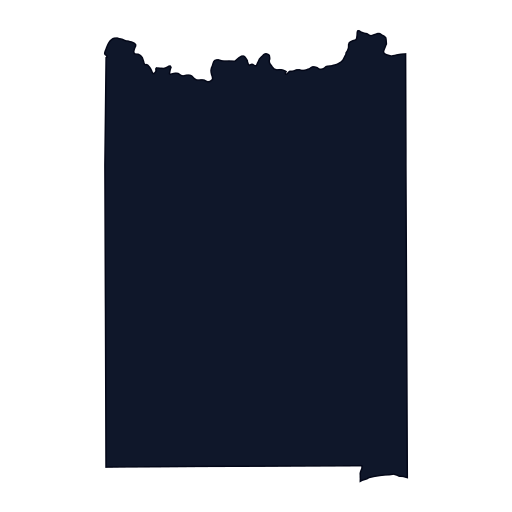 the district of Anlong Veaeng, Siemréab, Cambodia
{"feature_id": "14789045B31734581894199", "entity_name": "Anlong Veaeng", "entity_type": "district", "adm_level": 2, "iso_a3": "KHM", "parent_name": "Cambodia", "parent_adm1": "Siemréab", "projection": "natural_earth1", "projection_center": [103.997, 14.166], "detail": "fine", "context": "isolated", "style": "filled", "palette": "ink", "viewbox_px": 512, "rotation_deg": 0, "n_neighbors": 0, "source": "geoboundaries", "source_scale": "gbopen_adm2", "svg_char_len": 4122}
<svg xmlns="http://www.w3.org/2000/svg" viewBox="0 0 512 512"><path d="M407.3,477.6L407.1,429.5L405.9,164.9L405.9,162.5L405.9,149.8L405.6,53.9L404.5,54.0L402.8,54.1L400.6,54.3L398.7,54.6L396.4,55.0L395.2,55.4L393.2,55.7L391.4,56.1L390.2,55.8L388.5,55.3L386.4,54.7L384.7,53.8L383.8,52.9L383.5,51.4L384.2,49.3L385.0,47.4L385.9,45.0L386.4,44.0L386.3,42.5L386.1,40.0L385.8,37.9L384.8,36.8L383.8,36.0L381.9,35.1L380.3,33.9L379.1,33.5L377.3,33.6L376.2,34.1L373.9,34.8L372.6,35.3L371.4,35.7L370.2,35.6L369.6,35.4L368.6,34.8L367.3,33.9L366.5,33.6L365.0,33.4L363.8,33.1L363.0,32.8L360.6,31.9L359.9,31.3L358.9,30.7L357.7,30.9L357.4,31.7L357.2,32.8L357.1,35.1L356.9,36.7L356.7,38.1L356.1,39.6L354.9,40.2L353.2,40.6L352.4,40.9L350.4,41.9L349.3,42.7L348.6,44.6L348.6,46.0L348.5,47.9L348.0,49.3L347.5,50.6L347.1,51.3L346.1,52.8L345.9,54.5L345.6,55.1L345.0,56.0L344.5,57.1L343.0,60.0L341.8,61.3L341.1,62.0L339.4,63.0L338.4,63.6L336.8,64.4L334.7,65.0L333.3,65.3L331.4,65.9L329.7,66.0L328.2,66.2L327.1,66.3L325.9,66.7L325.5,67.1L324.7,67.8L323.7,68.5L323.1,68.8L321.6,69.2L320.7,69.3L319.6,69.3L318.1,68.4L317.2,67.7L315.7,67.2L314.2,66.9L312.9,66.8L311.8,67.2L310.8,67.8L309.8,68.6L309.0,69.0L308.3,69.1L307.7,69.3L307.2,69.6L306.2,69.9L305.1,70.2L303.7,70.4L301.8,70.4L300.9,70.3L299.6,69.8L298.1,69.8L296.4,69.9L295.4,70.3L294.3,70.8L292.7,71.2L291.9,71.3L290.7,71.3L289.8,71.3L288.7,72.1L287.9,73.0L287.2,73.8L286.4,74.2L285.6,74.2L285.4,73.7L285.4,72.9L286.1,71.6L285.3,71.1L284.1,70.6L282.9,70.1L281.6,69.8L279.9,69.7L278.1,69.8L276.7,69.9L275.6,69.5L274.5,69.2L273.7,68.6L273.3,68.1L272.1,66.8L271.4,65.6L270.5,64.5L269.8,63.5L269.4,62.3L269.2,60.7L269.5,59.7L269.7,59.0L269.7,58.0L269.5,56.7L269.3,55.5L268.7,54.8L267.8,54.3L266.4,53.8L265.4,53.8L264.4,54.2L263.5,54.8L262.6,55.9L261.5,56.8L260.5,57.9L259.4,59.1L258.8,60.5L258.3,61.6L257.6,62.9L256.6,65.3L256.1,65.8L255.6,65.8L255.0,65.7L254.3,65.5L253.8,65.2L252.9,64.5L252.2,64.3L251.7,64.3L250.6,64.7L249.6,65.3L248.5,64.5L248.1,63.8L247.6,62.2L247.4,61.7L247.3,60.6L246.6,59.4L246.1,58.7L245.3,57.5L244.5,56.6L243.5,56.1L242.4,56.1L241.5,56.2L239.0,57.7L236.9,59.5L235.2,61.0L234.2,61.3L233.4,61.2L231.4,61.1L228.8,61.0L226.7,61.1L225.1,61.1L223.1,61.0L221.6,60.8L219.6,60.2L218.3,59.8L216.6,59.9L214.8,60.5L213.8,61.6L213.1,63.4L212.3,66.1L211.5,67.8L211.0,70.2L211.1,72.1L211.6,74.5L212.3,76.5L212.6,78.3L212.4,79.5L211.4,80.4L210.1,81.4L207.8,81.9L206.0,81.1L204.1,80.1L202.3,79.9L200.7,79.9L198.9,80.1L196.6,80.0L194.9,79.0L193.7,78.1L192.8,77.1L191.7,76.0L190.1,75.3L188.3,75.1L186.5,75.2L185.6,75.4L183.5,75.9L182.0,75.8L180.6,75.2L179.1,74.1L178.2,73.5L177.0,73.3L175.6,73.2L173.6,73.5L171.9,73.9L170.4,74.4L169.5,73.7L169.6,72.9L169.7,72.0L170.0,70.5L170.3,69.2L170.7,68.1L171.0,67.3L170.1,66.0L169.3,66.1L168.6,66.3L167.9,66.8L166.7,67.4L165.9,67.8L164.7,68.2L163.4,68.5L161.7,68.3L160.5,68.3L159.3,68.2L158.7,68.1L157.8,68.1L156.5,67.9L155.9,68.7L155.9,69.6L156.0,71.0L155.4,72.1L154.9,72.7L153.9,73.6L153.1,73.6L152.6,73.0L152.0,71.9L151.4,70.4L150.7,69.0L149.9,67.7L149.2,66.8L147.7,65.1L146.5,64.6L144.8,64.7L144.0,63.3L143.5,61.2L142.8,59.2L142.3,57.7L141.2,56.3L140.4,55.5L138.7,54.5L138.0,54.2L137.0,54.2L135.6,54.1L134.4,53.7L134.0,52.9L133.7,51.5L134.2,49.5L134.9,47.5L135.5,46.4L135.7,45.1L135.6,44.6L134.5,43.4L133.6,42.9L132.5,42.4L131.2,41.9L129.9,41.7L128.1,41.1L126.8,41.0L125.9,40.9L124.6,40.4L123.5,39.9L122.2,39.3L120.4,38.9L119.1,38.7L117.4,38.1L116.1,38.1L114.4,38.2L113.0,38.6L112.0,39.3L110.2,40.8L109.1,42.4L108.5,43.4L107.7,45.0L106.6,47.6L105.9,49.6L105.2,51.2L104.8,52.6L104.7,53.6L105.1,54.5L106.0,55.1L106.5,55.6L106.8,56.1L107.1,57.0L106.1,57.6L104.9,165.0L105.4,294.9L105.5,313.8L105.9,429.6L106.0,467.1L122.8,466.9L159.1,466.7L197.4,466.4L218.8,466.3L255.9,466.2L294.2,466.0L361.9,465.7L362.0,466.5L362.0,467.5L361.8,468.9L361.3,469.9L360.8,471.2L360.4,472.5L360.2,473.7L360.3,475.2L360.3,477.3L360.4,478.8L360.3,480.4L360.3,481.3L362.1,480.3L366.9,478.8L368.9,477.6L374.1,476.4L380.5,475.4L385.3,474.9L389.7,474.7L393.6,474.1L397.2,475.2L399.2,476.2L403.0,476.4L407.3,477.6Z" fill="#0f172a" stroke="#020617" stroke-width="1.5"/></svg>